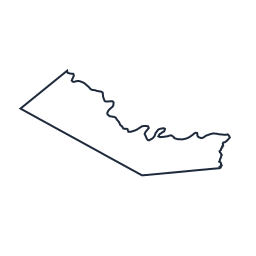 the district of Nova Iorque, Maranhão, Brazil, rotated 241°
{"feature_id": "56859067B71523456666477", "entity_name": "Nova Iorque", "entity_type": "district", "adm_level": 2, "iso_a3": "BRA", "parent_name": "Brazil", "parent_adm1": "Maranhão", "projection": "equal_earth", "projection_center": [-44.087, -6.772], "detail": "fine", "context": "isolated", "style": "outline", "palette": "slate", "viewbox_px": 256, "rotation_deg": 241, "n_neighbors": 0, "source": "geoboundaries", "source_scale": "gbopen_adm2", "svg_char_len": 2009}
<svg xmlns="http://www.w3.org/2000/svg" viewBox="0 0 256 256"><g transform="rotate(241 128 128)"><path d="M70.3,212.4L71.9,212.6L74.1,212.1L74.5,210.7L75.1,209.4L78.6,204.3L80.0,202.8L81.6,200.4L82.2,199.2L82.8,196.6L83.5,192.2L83.1,189.9L83.4,187.7L84.1,186.8L85.8,185.3L86.8,185.0L88.3,185.2L89.1,185.8L90.2,186.0L91.1,184.7L91.1,183.1L90.7,181.5L90.3,177.8L90.3,176.6L90.5,174.0L91.3,171.3L91.7,170.0L94.3,165.8L96.7,163.6L97.9,163.6L100.5,162.4L101.2,160.8L101.5,158.9L102.9,155.1L104.5,151.6L106.0,150.5L107.3,152.7L107.3,154.0L107.6,156.1L107.5,158.0L109.2,159.9L110.3,159.4L111.1,157.6L111.8,155.4L111.9,153.5L110.1,149.6L107.9,147.0L107.2,145.0L107.0,143.9L107.0,140.5L107.7,139.6L109.5,139.2L113.0,139.6L114.6,139.6L115.3,140.2L116.3,142.0L117.9,146.2L119.9,146.3L121.8,143.5L122.7,141.0L122.3,134.9L122.5,132.7L123.3,128.8L124.5,126.5L127.3,127.0L128.2,126.1L128.7,125.0L129.7,123.7L132.7,123.5L134.1,122.7L137.7,123.0L140.9,122.3L142.6,122.4L144.3,121.4L147.3,117.6L149.9,116.7L151.1,117.1L152.2,118.4L153.2,120.4L154.2,125.0L155.1,126.3L157.2,127.7L158.2,127.7L159.1,127.2L161.6,121.9L162.3,121.1L163.0,120.7L166.1,121.1L167.4,121.4L171.2,123.0L172.6,122.4L174.1,120.5L175.6,118.7L177.1,117.4L178.5,115.4L179.9,114.2L182.8,113.6L187.2,112.0L188.9,111.3L192.2,108.6L193.1,107.5L193.9,105.8L194.3,104.0L194.6,102.9L195.5,102.0L196.9,101.8L199.6,105.5L200.4,106.2L201.9,106.4L203.4,104.1L205.4,102.0L206.2,102.0L207.6,102.5L197.1,43.4L194.8,44.8L180.5,53.8L179.3,54.5L177.3,55.8L160.8,66.2L144.5,76.5L120.9,91.4L117.8,93.3L79.8,117.3L79.2,118.6L78.2,120.8L60.3,161.7L58.7,165.4L55.9,171.8L54.1,175.8L52.4,179.8L48.4,188.7L48.5,189.8L49.7,189.6L49.5,190.9L49.9,191.9L50.9,191.6L51.9,192.2L53.0,192.3L54.3,191.4L55.0,192.5L56.2,193.5L56.9,194.7L58.0,195.5L59.0,197.0L59.8,196.8L61.4,196.9L62.2,196.6L63.3,196.8L63.7,198.6L64.4,199.0L65.0,199.7L65.2,201.0L66.2,201.3L66.4,202.7L68.4,203.3L69.1,204.3L68.6,205.8L68.8,207.8L69.6,210.5L70.3,212.4Z" fill="none" stroke="#1e293b" stroke-width="2"/></g></svg>